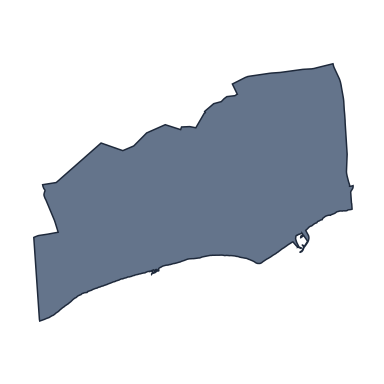 outline of Joondalup, Western Australia, Australia, rotated 266°
{"feature_id": "25037944B62034941870385", "entity_name": "Joondalup", "entity_type": "district", "adm_level": 2, "iso_a3": "AUS", "parent_name": "Australia", "parent_adm1": "Western Australia", "projection": "mercator", "projection_center": [115.744, -31.78], "detail": "fine", "context": "isolated", "style": "filled", "palette": "slate", "viewbox_px": 384, "rotation_deg": 266, "n_neighbors": 0, "source": "geoboundaries", "source_scale": "gbopen_adm2", "svg_char_len": 5860}
<svg xmlns="http://www.w3.org/2000/svg" viewBox="0 0 384 384"><g transform="rotate(266 192 192)"><path d="M310.1,341.6L307.3,325.5L306.7,322.3L306.6,320.9L306.5,320.0L306.6,312.6L306.6,311.0L305.1,288.4L305.1,279.7L305.0,277.5L303.5,257.8L303.3,255.7L302.8,254.1L302.6,253.3L296.9,239.8L286.4,244.0L286.3,243.6L285.1,241.6L284.7,233.4L282.9,230.6L280.1,227.5L278.6,219.8L271.5,210.2L270.2,210.8L269.7,209.7L255.8,200.3L257.4,194.3L257.6,186.1L255.0,185.0L261.0,170.0L254.1,150.9L242.0,137.1L238.1,125.9L239.9,121.6L247.2,104.7L210.9,57.2L209.7,43.5L208.1,43.7L206.5,44.2L205.8,44.4L204.4,45.3L204.0,45.4L203.3,45.4L202.6,45.0L200.5,44.3L199.4,44.1L198.2,44.3L196.1,44.9L194.0,45.8L173.3,52.8L171.0,53.4L161.2,55.7L160.0,45.1L159.3,36.2L159.1,35.2L158.4,32.9L157.7,31.0L75.5,30.9L73.9,31.1L74.9,34.7L75.1,35.4L75.4,36.4L75.8,37.4L76.1,38.3L76.7,40.6L78.4,43.8L78.5,44.5L79.2,45.8L79.8,46.7L80.7,47.8L82.1,50.3L82.5,50.8L83.0,51.4L83.4,51.8L84.6,53.5L85.0,54.0L85.7,55.0L86.5,56.5L87.4,57.6L87.9,58.6L88.2,59.0L89.0,60.6L89.3,60.9L91.1,63.5L93.0,65.7L94.0,67.2L94.4,67.8L94.5,68.4L94.8,69.0L95.3,69.7L95.5,69.9L96.0,70.5L96.2,70.9L96.7,71.8L96.8,72.4L97.1,72.8L97.2,73.7L97.3,74.0L98.1,74.9L98.4,75.5L98.6,76.4L98.9,77.3L99.1,78.4L99.0,79.0L99.1,79.8L99.1,80.3L99.5,80.7L99.9,80.9L100.0,81.0L100.0,81.4L100.2,81.5L100.3,82.1L100.4,82.6L100.6,82.9L100.6,83.3L100.8,83.9L100.9,84.6L101.1,84.9L101.5,86.0L101.9,86.6L102.0,87.3L102.4,88.4L102.5,88.9L102.7,89.8L102.8,90.7L103.4,91.9L103.6,92.6L103.6,93.2L103.8,94.0L104.1,94.6L104.4,95.6L104.4,96.1L104.4,96.3L104.5,96.8L104.8,97.5L105.1,98.4L105.1,98.6L105.3,99.3L105.3,99.5L105.6,100.2L105.6,100.6L106.2,102.1L106.9,104.6L107.8,107.2L107.9,107.5L107.9,108.2L108.2,109.3L108.6,110.0L108.7,110.7L109.4,113.5L109.9,114.3L110.0,114.9L110.3,115.6L110.2,116.2L110.3,116.5L110.2,116.8L110.2,117.0L110.4,117.3L110.8,118.6L111.0,120.2L111.3,121.1L111.6,121.7L111.7,122.1L111.7,123.8L111.9,124.6L112.1,125.9L112.4,126.5L112.6,127.1L112.8,128.7L113.1,129.2L113.4,130.8L113.5,132.1L113.9,133.6L114.0,134.9L114.3,136.1L114.6,138.0L114.6,139.3L114.7,139.7L115.1,140.4L115.4,141.4L115.6,141.8L115.7,142.1L115.8,143.6L115.5,144.1L115.5,144.3L115.9,144.4L115.9,146.2L115.4,146.6L115.2,147.0L114.7,147.1L114.8,147.4L115.4,147.2L115.6,146.7L116.4,146.3L117.0,148.3L116.0,148.8L116.8,150.1L117.1,150.3L117.2,151.1L117.0,151.5L116.7,152.0L116.6,152.3L116.3,152.3L116.2,151.7L114.5,149.2L113.9,146.6L113.0,146.0L112.8,146.0L113.4,146.6L114.1,149.4L115.6,151.7L115.6,153.1L115.7,153.3L115.8,153.4L117.9,153.4L118.4,154.0L118.9,154.9L119.0,155.6L119.3,155.9L120.1,157.6L120.4,159.0L120.5,159.5L120.8,161.1L120.8,163.1L121.2,164.3L121.1,164.5L121.1,165.1L121.9,168.5L121.9,169.5L122.0,170.0L122.3,171.7L122.8,173.9L123.1,175.6L123.6,176.7L123.8,177.7L124.0,178.4L124.2,179.3L125.3,182.8L125.4,183.8L125.5,184.5L125.5,187.0L125.4,188.7L125.5,190.9L125.7,193.6L125.7,194.3L125.7,195.1L125.9,195.9L126.4,197.3L126.6,198.5L127.1,202.4L127.5,205.8L127.4,207.0L127.5,208.2L127.4,208.8L127.3,210.3L127.3,211.3L127.1,214.1L127.0,217.3L126.9,217.9L126.7,218.8L126.3,220.2L126.3,220.6L126.4,221.9L126.1,224.0L125.9,224.6L125.9,225.5L125.9,226.2L125.8,226.9L125.3,229.9L125.0,231.0L124.7,231.8L124.6,232.7L124.1,234.3L123.7,235.0L123.2,236.8L123.0,237.8L122.4,239.9L122.0,241.8L120.8,244.1L120.3,245.4L119.6,246.5L119.4,247.2L118.6,248.4L118.1,249.4L117.2,250.3L116.6,251.3L116.3,252.1L116.1,252.7L116.0,254.1L116.0,254.9L116.2,255.6L116.5,256.4L117.5,257.8L118.4,259.4L119.8,261.8L120.2,262.8L121.8,266.0L123.4,268.6L123.8,269.4L124.2,270.3L124.9,271.6L125.6,272.5L125.9,273.3L126.8,274.6L128.4,277.0L129.3,278.4L129.8,279.5L131.8,282.8L132.3,283.5L132.9,284.6L133.3,285.3L134.0,286.7L134.9,288.3L135.1,288.8L135.2,289.2L131.2,292.2L129.9,293.4L129.4,293.3L129.5,293.7L129.6,293.9L128.2,296.6L128.3,296.9L128.4,297.1L128.7,297.0L129.1,296.0L129.7,294.9L133.0,293.5L134.5,292.9L137.5,292.2L138.5,292.1L138.9,292.2L139.1,292.3L140.2,292.4L140.8,292.7L141.2,292.9L141.3,293.2L141.4,293.8L141.8,294.0L141.7,294.3L141.9,294.8L142.3,295.3L142.4,296.1L142.5,296.6L142.9,297.7L143.2,298.3L143.2,298.7L143.2,298.8L142.8,298.9L142.8,299.0L143.0,299.0L142.1,299.6L140.8,299.3L140.6,298.8L140.9,298.6L140.4,297.6L139.0,297.2L138.8,297.3L140.7,300.4L136.0,303.2L135.2,303.6L134.7,303.8L131.7,301.6L130.3,300.5L130.2,300.3L130.1,300.0L130.2,299.9L131.4,298.7L131.3,298.4L131.0,298.5L130.1,299.3L129.7,299.7L129.6,299.8L128.8,299.3L127.9,298.9L126.7,298.2L126.1,297.9L125.8,297.6L125.5,297.2L124.7,295.7L124.4,295.6L124.3,295.8L124.4,296.0L124.7,296.8L124.9,297.4L125.9,298.3L126.6,298.8L127.8,299.3L129.0,300.0L130.8,301.6L133.8,303.9L134.9,304.5L136.1,305.0L137.8,305.4L139.0,305.4L139.8,305.3L140.3,305.2L145.8,302.7L146.0,303.0L146.2,303.4L148.8,306.3L149.1,306.8L149.6,307.7L149.8,308.9L149.9,309.1L151.3,311.1L152.0,312.3L152.3,313.1L152.5,314.2L152.8,314.5L153.2,314.8L153.6,315.1L153.9,315.5L154.4,317.2L154.8,317.8L155.1,318.5L155.2,319.0L155.2,319.8L155.4,320.0L155.6,319.9L155.9,320.1L156.3,320.4L156.7,320.8L158.2,323.0L158.7,324.1L159.0,325.1L159.2,326.1L159.3,327.5L159.1,328.5L159.6,329.2L160.5,332.2L160.9,333.2L162.1,335.0L162.2,335.3L162.4,336.7L162.8,338.5L162.7,338.8L162.5,340.9L162.7,341.7L162.5,343.5L162.5,344.5L162.6,345.2L162.8,345.7L163.2,346.4L163.3,346.7L163.4,349.1L163.6,350.3L163.7,350.5L168.5,350.5L169.2,350.5L169.9,350.3L170.4,350.3L180.8,350.3L181.4,350.5L181.9,350.8L183.9,352.3L184.6,352.7L185.6,353.0L186.3,353.1L187.1,353.1L186.9,352.3L186.7,351.0L186.7,349.6L187.8,349.7L188.6,349.6L191.3,348.9L197.4,347.8L199.1,347.6L200.0,347.5L201.7,347.5L202.5,347.6L218.8,349.4L250.4,349.6L252.5,349.7L254.5,349.7L259.1,349.7L263.6,349.6L272.0,349.7L274.3,349.6L276.6,349.4L285.8,348.4L288.1,348.2L291.5,347.7L293.9,347.1L295.1,346.7L306.3,342.4L307.7,342.0L310.1,341.6Z" fill="#64748b" stroke="#1e293b" stroke-width="1.5"/></g></svg>